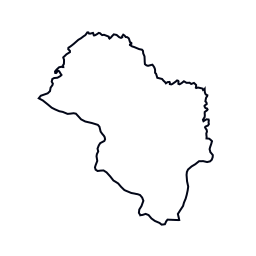 St. John River City, Grand Bassa, Liberia, rotated 81°
{"feature_id": "62588387B7916938294123", "entity_name": "St. John River City", "entity_type": "district", "adm_level": 2, "iso_a3": "LBR", "parent_name": "Liberia", "parent_adm1": "Grand Bassa", "projection": "orthographic", "projection_center": [-10.036, 6.04], "detail": "fine", "context": "isolated", "style": "outline", "palette": "ink", "viewbox_px": 256, "rotation_deg": 81, "n_neighbors": 0, "source": "geoboundaries", "source_scale": "gbopen_adm2", "svg_char_len": 3673}
<svg xmlns="http://www.w3.org/2000/svg" viewBox="0 0 256 256"><g transform="rotate(81 128 128)"><path d="M84.7,211.5L87.5,207.8L92.1,203.6L96.0,200.2L98.1,197.3L100.7,193.2L101.9,189.9L104.6,185.5L104.8,182.8L104.9,179.4L105.7,177.2L108.7,175.2L112.1,173.0L114.9,169.2L117.4,163.0L118.8,160.1L120.2,157.3L122.3,156.0L127.2,155.6L127.7,155.4L129.7,154.4L131.8,153.1L133.3,152.5L135.5,152.4L137.1,153.4L138.6,157.8L140.2,159.2L140.5,159.5L143.6,161.3L146.5,161.1L148.9,162.8L151.0,163.5L155.7,163.5L159.5,165.7L161.7,166.8L164.1,166.5L165.1,165.4L165.7,164.8L165.8,161.8L166.1,158.8L168.5,156.1L173.1,153.1L177.6,150.6L179.0,148.9L181.2,146.4L185.1,144.0L188.7,141.3L189.5,140.1L190.0,139.3L192.7,134.9L193.8,131.8L194.4,130.3L194.9,128.8L196.1,126.6L198.9,124.9L202.3,124.2L207.2,126.9L210.3,129.6L213.5,130.5L215.9,129.5L216.1,129.5L216.1,127.1L215.6,124.0L217.2,121.3L221.0,119.0L224.0,116.0L226.7,111.7L228.7,109.9L228.8,107.9L228.8,106.6L226.2,104.9L224.7,103.3L225.3,100.3L226.5,94.3L226.9,92.1L226.9,91.8L224.5,91.9L220.7,92.2L217.1,89.0L213.6,85.8L210.5,84.4L208.4,83.1L207.4,82.5L207.2,82.3L203.3,80.5L198.9,78.8L195.3,77.7L189.9,78.0L183.5,77.5L180.6,76.7L178.4,75.2L175.9,71.2L174.3,67.2L171.9,63.0L172.1,61.9L172.5,58.9L174.0,55.2L173.8,52.2L172.5,50.3L172.4,50.2L170.2,49.0L170.0,48.9L168.2,48.5L167.9,48.5L165.1,50.2L164.9,50.4L161.8,50.7L161.6,50.7L159.6,49.8L159.4,49.7L156.6,48.2L154.5,47.3L154.3,47.1L154.1,47.1L152.3,48.5L151.2,49.6L150.6,52.1L148.8,51.7L148.7,51.7L147.9,51.7L147.7,51.7L145.6,51.5L144.0,50.6L142.1,50.6L140.6,51.4L139.3,51.8L138.7,51.2L138.1,48.7L136.8,47.5L135.2,47.6L133.2,47.0L132.2,47.1L131.7,49.2L133.1,52.4L132.7,52.5L131.6,52.7L130.1,51.4L129.2,50.6L127.3,50.1L125.6,50.0L124.2,49.7L123.7,48.8L122.8,47.0L122.2,46.5L121.1,46.9L120.5,48.3L118.9,49.0L118.1,49.0L117.4,48.1L116.8,46.6L115.8,46.4L114.8,46.7L113.8,47.4L111.5,46.6L110.1,46.0L109.1,44.9L108.1,44.5L107.0,46.0L105.1,46.5L102.9,46.4L101.5,46.2L101.7,46.4L102.2,47.9L100.8,48.1L100.0,49.9L99.0,52.5L99.2,54.4L98.8,54.7L97.4,54.2L96.1,54.0L95.6,54.4L93.8,55.8L94.4,58.7L92.9,60.1L92.8,61.5L92.5,63.2L91.6,64.3L91.2,64.7L90.6,65.5L92.1,68.1L92.9,70.2L92.5,71.0L92.3,71.3L91.5,71.2L89.8,70.8L89.2,71.1L88.7,72.1L89.8,73.9L91.4,77.2L91.7,78.4L91.2,79.8L89.7,79.6L89.0,79.8L88.9,81.8L89.8,83.6L88.7,84.1L86.6,85.7L85.2,86.5L84.9,86.7L83.9,89.0L83.0,91.2L78.8,91.8L77.7,92.6L75.2,92.2L73.9,92.2L72.1,92.6L71.7,92.8L70.6,93.3L70.0,93.6L69.3,94.0L69.4,95.5L69.7,98.5L69.0,100.0L67.6,101.3L64.8,101.1L63.5,100.9L59.8,100.5L56.7,101.3L55.3,101.2L54.0,101.2L52.8,102.0L52.0,104.2L51.8,104.7L48.9,109.4L48.1,111.1L46.3,113.1L45.8,113.0L45.4,111.5L44.5,111.4L43.4,112.6L42.7,112.7L40.6,113.0L39.6,113.2L38.2,114.5L37.8,116.0L36.1,117.0L35.1,118.1L36.6,119.5L37.5,119.5L37.9,120.8L36.9,122.5L34.3,124.7L33.3,127.4L34.8,129.4L36.0,130.8L36.8,132.3L36.1,132.7L34.8,132.7L34.3,133.5L33.0,135.7L32.2,137.1L32.2,139.0L31.0,140.1L30.1,140.7L29.5,142.0L30.1,143.2L30.7,144.5L31.2,146.0L31.3,147.1L30.7,147.4L29.1,147.5L28.6,147.7L28.9,150.7L28.5,151.9L27.4,152.2L27.2,153.2L28.4,154.4L29.6,155.6L30.4,157.4L32.1,160.6L32.6,161.9L33.1,163.2L36.4,168.4L37.7,170.7L38.5,172.2L39.4,174.3L40.8,174.7L42.7,173.3L44.0,173.5L45.6,177.3L46.9,179.1L47.1,179.4L48.1,180.9L49.1,180.8L50.5,180.5L52.4,180.8L54.7,181.3L55.8,182.3L57.4,182.4L57.7,182.4L57.5,183.4L57.0,184.0L57.2,184.9L57.2,186.5L59.0,189.2L60.7,191.2L62.2,191.3L62.5,190.5L62.0,189.7L61.3,189.2L60.5,188.1L61.2,187.1L64.0,186.0L64.8,185.6L65.2,185.4L66.1,186.6L67.3,189.8L67.1,193.2L67.8,195.1L70.3,196.1L72.4,195.3L73.8,195.9L76.0,198.1L79.4,199.3L81.2,201.9L82.5,209.1L84.7,211.5Z" fill="none" stroke="#020617" stroke-width="2"/></g></svg>